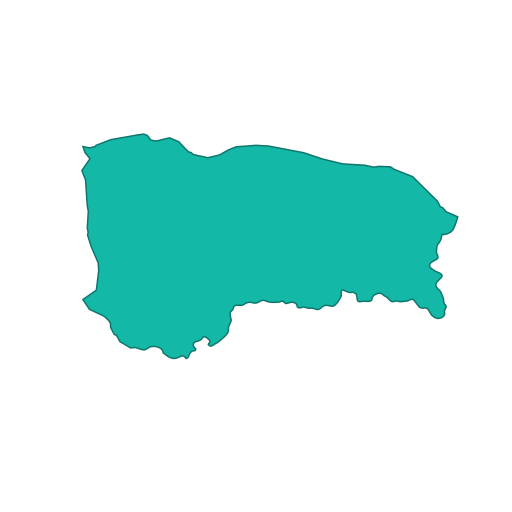 San José Poaquil, Chimaltenango, Guatemala, rotated 107°
{"feature_id": "79465075B26188939943042", "entity_name": "San José Poaquil", "entity_type": "district", "adm_level": 2, "iso_a3": "GTM", "parent_name": "Guatemala", "parent_adm1": "Chimaltenango", "projection": "natural_earth1", "projection_center": [-90.895, 14.861], "detail": "fine", "context": "isolated", "style": "filled", "palette": "teal", "viewbox_px": 512, "rotation_deg": 107, "n_neighbors": 0, "source": "geoboundaries", "source_scale": "gbopen_adm2", "svg_char_len": 3997}
<svg xmlns="http://www.w3.org/2000/svg" viewBox="0 0 512 512"><g transform="rotate(107 256 256)"><path d="M348.3,408.8L355.7,399.7L358.0,383.5L361.0,377.6L363.0,375.5L366.9,374.1L372.5,368.6L372.6,366.3L377.8,360.9L378.7,356.7L380.6,349.0L378.8,344.8L378.7,342.9L378.9,340.2L378.8,337.0L378.3,335.2L377.4,333.9L375.4,332.2L373.8,330.7L372.7,328.3L372.0,326.2L371.8,324.1L371.9,321.9L372.2,320.6L372.7,319.1L374.0,317.5L375.8,316.3L376.3,315.0L377.2,312.5L377.7,311.1L378.1,309.3L378.3,306.6L378.1,304.9L377.3,302.8L376.2,301.3L374.4,299.2L373.6,298.2L372.7,296.1L373.5,294.3L374.5,292.9L373.5,291.6L371.6,291.1L369.5,291.0L368.3,290.7L365.7,289.6L364.9,287.7L364.0,286.4L362.5,286.4L361.5,288.2L360.2,289.8L358.0,290.2L356.5,289.7L354.9,287.6L354.0,286.2L352.6,284.6L351.4,283.7L349.4,283.2L348.2,281.8L348.5,279.5L349.2,277.6L350.4,275.4L352.3,274.9L353.4,275.6L354.7,275.7L355.6,273.6L355.0,272.2L353.8,271.0L351.5,269.0L349.9,267.4L346.6,265.2L342.9,262.9L341.0,261.9L339.0,261.0L337.7,260.6L335.5,260.6L333.4,261.1L332.2,261.5L330.8,261.5L329.1,261.2L327.6,261.0L325.3,260.8L323.8,261.3L322.1,262.4L320.4,263.2L318.2,264.1L316.9,264.0L315.5,263.2L313.8,262.5L311.9,262.5L310.5,262.2L309.4,261.4L308.6,260.2L308.3,258.7L307.8,257.0L307.5,255.6L306.7,254.3L305.3,252.9L303.8,251.6L302.7,249.9L302.1,248.6L301.8,246.9L301.7,245.5L301.4,243.6L301.0,242.2L300.2,241.1L298.6,239.3L297.4,238.2L296.3,236.6L296.1,234.7L296.2,232.7L296.2,230.4L295.8,227.8L295.1,225.3L294.4,223.4L293.8,221.6L292.9,219.7L291.9,218.7L291.4,216.8L292.3,215.2L292.7,213.3L291.7,211.6L290.3,209.6L289.5,207.3L289.4,205.9L289.9,203.6L291.2,202.4L292.7,201.5L293.0,199.9L292.4,198.0L291.0,196.1L290.7,194.0L290.7,191.4L290.5,189.9L289.5,187.4L289.3,185.2L289.4,183.3L289.1,181.1L287.9,179.5L286.3,178.5L284.9,177.6L283.6,176.2L282.7,174.9L282.2,172.3L282.1,170.3L281.7,168.4L280.8,166.8L279.4,165.8L277.9,165.1L276.8,164.6L275.0,164.0L272.6,163.4L271.3,163.1L269.6,162.8L267.3,163.3L265.8,164.0L263.6,163.9L263.0,162.3L263.4,159.9L263.6,157.1L263.4,155.2L262.4,153.2L262.4,151.4L263.2,148.9L265.0,147.8L266.7,147.1L268.3,146.4L269.6,144.8L269.3,143.1L268.3,141.2L267.7,139.3L267.3,137.9L266.5,135.1L265.9,133.8L264.7,132.6L262.9,132.6L261.0,132.6L258.9,131.7L257.4,130.0L256.5,129.0L255.7,127.8L255.2,125.9L255.6,123.8L256.5,121.9L256.9,119.6L257.9,117.2L258.8,116.0L259.9,113.2L259.5,111.1L258.2,109.4L257.7,107.7L257.7,105.7L257.2,103.6L256.1,101.4L255.5,99.7L254.6,97.9L253.7,96.8L252.4,95.6L251.6,93.5L252.2,91.8L253.0,90.6L255.2,87.6L256.8,85.4L257.4,83.7L257.1,80.9L256.1,79.1L256.2,76.6L257.6,74.7L258.9,73.4L260.7,71.3L261.4,70.2L262.3,68.1L262.6,66.6L262.6,63.9L262.0,62.5L261.1,61.0L259.7,59.6L258.4,58.9L256.5,58.5L253.7,59.7L251.6,59.6L249.0,59.2L247.5,60.3L246.7,61.9L245.3,62.9L242.2,64.2L240.5,65.5L238.0,67.4L236.1,69.1L235.1,70.6L233.8,73.1L232.3,75.1L230.2,75.8L228.1,75.4L226.4,74.6L224.8,73.8L222.1,72.4L220.1,72.4L219.1,73.6L218.4,76.6L218.3,78.5L218.0,80.5L217.2,83.3L216.7,84.6L215.6,86.7L214.4,87.3L212.5,87.3L210.7,86.4L208.7,84.6L206.4,82.4L204.7,81.4L202.5,82.3L201.2,83.5L200.0,84.3L198.8,84.8L197.2,85.2L194.3,85.8L193.0,85.8L191.8,85.6L189.7,84.8L187.5,84.2L185.8,84.1L182.7,84.2L180.7,84.5L180.6,82.6L179.6,80.7L178.4,79.1L176.8,77.4L175.4,76.3L173.7,75.5L172.4,75.2L171.1,75.0L168.8,74.7L164.8,74.5L161.5,74.5L159.6,74.5L158.1,87.3L155.2,91.6L155.1,94.0L150.4,98.7L140.1,118.5L134.4,129.2L132.7,149.3L131.4,153.5L134.4,164.8L136.6,169.3L137.4,178.6L142.6,200.1L143.8,220.3L143.3,240.6L147.2,276.3L150.1,288.2L157.4,306.9L162.7,313.5L170.0,320.4L176.1,330.8L177.3,345.6L176.0,348.5L176.2,350.8L174.0,355.1L169.3,363.2L168.3,373.3L175.2,384.9L175.9,390.2L174.7,392.1L172.5,395.1L172.2,399.0L175.5,405.9L187.2,428.9L197.0,441.4L198.2,441.5L201.3,447.0L201.9,453.5L207.1,449.8L211.5,443.2L225.2,447.5L233.0,441.3L257.1,432.1L262.4,429.4L278.8,425.5L282.4,423.4L285.1,423.3L295.0,416.5L308.7,404.9L315.8,402.2L335.3,398.7L348.3,408.8Z" fill="#14b8a6" stroke="#0f766e" stroke-width="1.5"/></g></svg>